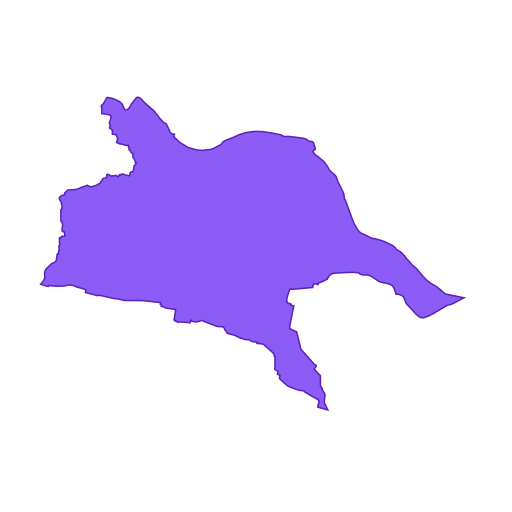 Tha Ruea, Phra Nakhon Si Ayutthaya, Thailand, rotated 186°
{"feature_id": "78962969B60015542915267", "entity_name": "Tha Ruea", "entity_type": "district", "adm_level": 2, "iso_a3": "THA", "parent_name": "Thailand", "parent_adm1": "Phra Nakhon Si Ayutthaya", "projection": "orthographic", "projection_center": [100.715, 14.546], "detail": "fine", "context": "isolated", "style": "filled", "palette": "violet", "viewbox_px": 512, "rotation_deg": 186, "n_neighbors": 0, "source": "geoboundaries", "source_scale": "gbopen_adm2", "svg_char_len": 6128}
<svg xmlns="http://www.w3.org/2000/svg" viewBox="0 0 512 512"><g transform="rotate(186 256 256)"><path d="M101.6,224.4L90.6,214.8L87.7,212.8L86.1,212.1L83.7,211.9L82.7,212.1L77.8,214.5L72.7,217.9L60.8,226.9L60.3,227.2L57.4,228.0L54.6,229.6L44.8,236.2L63.6,238.0L73.0,244.3L79.0,246.9L84.2,250.2L87.8,253.3L95.1,260.3L99.8,263.4L101.0,264.5L101.8,265.6L103.0,266.4L103.7,267.3L105.3,268.5L108.2,271.6L111.3,274.3L113.5,275.6L117.3,277.3L118.5,279.0L121.2,280.7L128.7,283.4L132.2,284.4L139.7,285.7L141.5,285.6L143.8,286.2L148.8,288.1L153.6,289.6L155.8,290.9L157.7,292.8L162.0,298.8L165.1,304.8L173.2,321.4L174.1,322.1L174.2,323.6L174.7,324.5L174.9,326.1L175.4,327.4L176.3,329.0L182.6,339.0L184.5,343.1L185.5,344.4L186.3,345.0L190.9,348.2L192.0,349.2L194.4,352.6L196.7,355.3L198.4,357.0L204.6,361.3L207.9,363.0L209.4,364.7L210.1,365.6L210.1,366.5L209.9,366.9L209.4,367.5L208.2,368.0L208.5,369.9L209.1,370.6L210.5,374.5L210.9,374.7L211.5,375.5L213.2,375.8L214.2,375.4L214.7,375.5L218.2,377.3L220.0,377.8L221.7,378.1L235.4,378.4L241.1,377.8L242.7,378.7L243.9,379.1L252.1,379.9L262.1,380.4L268.4,380.0L273.2,379.2L279.6,377.5L286.6,374.3L289.3,372.5L298.5,367.7L299.8,366.8L301.1,365.5L302.0,363.7L302.7,363.1L309.6,358.5L311.1,357.7L312.6,357.1L316.1,356.6L320.2,355.4L324.7,355.3L328.9,355.7L334.9,356.9L344.1,361.2L347.1,363.8L349.3,364.9L349.3,365.7L350.5,366.3L349.8,368.6L352.9,368.6L353.2,368.9L353.5,369.6L354.7,370.2L354.7,371.0L358.8,377.6L359.2,378.0L359.8,378.6L361.5,378.8L362.5,379.6L366.3,383.1L368.9,386.1L370.1,387.0L372.4,389.5L382.4,396.5L386.9,400.4L388.3,401.2L390.0,401.6L391.2,401.2L392.5,399.4L396.1,393.6L397.2,390.7L398.6,388.6L399.8,387.7L400.5,387.6L401.7,387.9L402.0,388.1L402.7,389.1L404.5,392.4L406.0,394.0L408.1,395.3L411.4,396.7L415.2,397.7L420.0,398.2L420.8,398.0L423.7,391.5L425.0,390.1L425.4,389.6L425.5,388.6L424.9,386.8L424.5,384.5L424.3,381.5L420.4,381.4L415.3,380.8L415.1,380.6L414.7,378.1L415.2,375.1L415.8,373.8L415.2,371.2L414.6,370.4L414.5,370.0L414.6,369.2L415.1,369.0L415.0,367.8L412.8,366.8L411.7,365.5L411.9,364.6L411.6,362.1L409.2,362.0L407.9,362.1L405.9,358.4L406.5,354.3L403.0,353.2L400.6,353.2L397.6,352.5L394.4,352.6L394.3,350.9L393.5,350.5L393.5,348.5L392.4,347.8L390.6,345.5L389.2,345.1L388.7,341.2L388.0,340.9L387.0,339.1L385.7,337.5L385.7,337.2L386.0,336.6L384.9,336.0L384.9,335.1L385.5,334.6L386.8,332.5L386.6,332.1L386.8,329.4L387.1,328.7L387.3,327.0L389.2,326.5L390.0,325.7L389.9,324.1L390.3,322.6L393.2,322.9L394.2,322.8L395.9,323.5L397.0,323.4L398.1,323.6L398.6,323.3L398.8,322.5L400.0,322.6L400.4,322.5L401.2,320.6L401.7,320.0L402.4,320.4L402.9,321.4L403.4,321.6L404.2,321.5L405.7,320.8L407.4,320.8L408.4,320.1L409.7,321.1L410.6,321.5L411.9,321.8L412.5,321.7L412.8,321.3L413.0,320.7L412.7,319.7L412.7,319.3L413.4,318.0L413.8,317.8L415.5,317.4L416.2,317.2L417.1,314.9L418.1,313.7L418.8,311.8L420.1,311.2L422.2,309.6L427.1,307.6L429.8,308.0L431.0,308.7L431.4,308.7L432.6,307.9L437.4,305.8L439.0,304.7L441.3,303.6L444.9,302.8L450.0,301.9L450.7,301.3L451.8,299.8L452.7,299.0L452.8,297.0L454.2,296.3L456.0,295.6L457.3,294.0L457.8,292.9L456.4,290.4L455.2,289.0L454.8,286.9L454.0,285.9L454.0,285.5L454.2,282.3L454.3,282.1L454.9,281.7L454.4,276.5L453.6,270.0L452.6,269.2L451.7,267.8L451.6,263.2L451.8,262.5L451.4,260.9L451.2,260.3L450.9,260.0L449.6,260.2L449.3,260.1L448.1,255.9L448.2,255.7L449.5,255.4L451.4,255.2L451.7,255.0L451.5,254.3L451.7,254.0L452.2,253.7L453.0,253.6L453.5,253.4L453.2,252.7L453.1,251.1L453.1,249.8L452.8,248.4L452.1,247.2L453.1,245.6L452.8,243.3L452.2,241.3L452.3,241.0L452.7,240.9L452.7,240.7L452.6,237.3L453.7,237.4L453.9,236.9L454.2,230.8L454.6,229.9L455.2,229.2L456.2,228.4L458.1,227.3L459.0,226.4L462.6,222.2L463.5,220.9L464.3,218.7L464.5,217.6L464.5,216.4L463.8,212.7L464.0,211.3L465.2,208.4L467.2,205.3L460.5,204.0L460.3,204.2L459.3,204.1L459.0,204.9L451.2,205.1L446.5,205.6L444.7,205.9L439.6,207.4L438.5,207.6L435.0,207.6L433.9,207.4L430.8,206.3L426.1,205.7L422.1,204.8L421.8,204.6L421.6,204.3L421.8,201.9L409.8,200.0L407.3,200.5L392.0,198.8L388.9,198.9L381.9,198.0L366.2,199.6L362.9,199.8L346.0,199.7L346.2,198.1L345.3,197.9L345.1,196.1L342.8,195.7L340.2,194.8L330.3,194.4L330.8,183.8L329.2,183.5L329.4,182.8L327.7,182.3L326.4,182.0L326.3,182.4L323.4,182.4L320.9,182.7L314.6,182.6L314.3,185.0L313.7,185.5L313.2,185.0L313.1,184.6L312.7,184.3L310.2,184.2L308.5,184.1L306.5,184.9L305.6,185.0L305.1,185.5L303.1,186.3L299.8,185.2L286.9,181.8L281.6,182.2L281.2,181.6L280.5,181.3L279.6,180.3L278.9,178.8L277.8,178.3L276.8,176.2L275.2,175.8L271.1,175.3L268.9,174.8L267.6,174.4L262.8,172.6L262.1,172.8L260.1,172.2L257.2,171.7L255.0,172.0L253.8,171.8L250.8,170.5L246.4,170.3L246.1,170.2L245.9,169.2L243.5,169.1L243.4,169.4L243.2,169.5L242.1,169.2L239.3,168.9L233.6,164.9L227.9,160.5L227.2,157.9L226.8,157.9L226.6,157.5L225.8,149.3L225.4,148.9L225.6,145.4L225.3,145.0L222.1,143.6L222.2,140.5L221.6,140.3L220.0,140.0L219.6,139.8L220.0,136.8L219.8,136.5L213.6,131.8L210.4,129.8L207.3,128.9L199.3,126.9L196.0,126.9L194.0,126.7L193.8,126.1L184.7,121.9L179.1,119.6L178.7,119.4L178.7,118.7L178.0,118.5L178.9,112.3L177.6,111.9L168.5,110.4L172.8,117.4L172.9,122.2L172.8,124.5L173.3,126.5L173.9,127.0L176.2,130.1L176.0,130.8L178.4,134.0L179.3,142.9L179.5,143.6L179.9,144.2L181.0,144.9L186.3,149.8L185.2,151.5L184.6,152.8L184.7,153.5L186.6,154.3L201.6,168.0L206.7,182.4L207.5,183.6L207.6,184.8L212.6,186.4L215.1,187.6L215.1,190.2L213.2,210.4L216.3,210.7L216.1,211.8L217.6,212.2L218.2,212.6L219.0,212.3L219.9,212.5L220.0,213.3L220.4,214.0L220.9,214.3L220.7,215.5L220.9,215.9L220.7,218.7L218.8,226.8L216.8,226.7L214.7,227.0L196.3,230.6L196.3,232.0L195.8,234.1L192.9,234.6L192.5,234.6L191.8,234.0L191.3,234.1L191.4,235.2L187.5,237.6L186.7,237.6L186.1,238.3L182.6,240.4L182.3,242.1L181.7,242.4L181.4,243.4L181.0,244.2L179.1,245.9L177.9,246.6L175.4,247.3L163.9,249.1L158.6,249.8L152.2,250.1L150.7,248.9L149.1,248.5L147.9,248.4L143.1,248.8L139.6,248.0L136.0,246.2L131.5,243.7L129.9,243.2L120.8,242.1L117.4,240.9L115.2,238.2L112.7,232.5L111.7,232.7L110.5,232.7L109.1,232.6L106.1,231.6L105.0,230.9L101.6,224.4Z" fill="#8b5cf6" stroke="#5b21b6" stroke-width="1.5"/></g></svg>